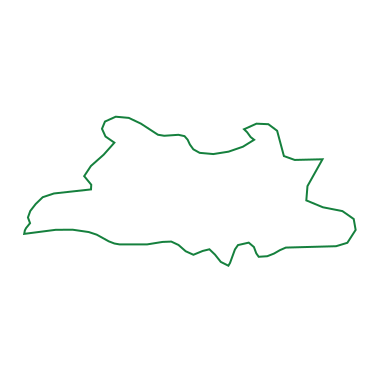 map outline of Phuket (Mercator projection), rotated 273°
{"feature_id": "THA-377", "entity_name": "Phuket", "entity_type": "Province", "adm_level": 1, "iso_a3": "THA", "parent_name": "Thailand", "parent_adm1": "", "projection": "mercator", "projection_center": [98.341, 7.98], "detail": "fine", "context": "isolated", "style": "outline", "palette": "green", "viewbox_px": 384, "rotation_deg": 273, "n_neighbors": 0, "source": "natural_earth", "source_scale": "10m", "svg_char_len": 1108}
<svg xmlns="http://www.w3.org/2000/svg" viewBox="0 0 384 384"><g transform="rotate(273 192 192)"><path d="M247.4,251.3L249.9,247.7L254.6,243.9L257.4,240.7L263.6,252.8L263.7,264.7L257.6,273.8L232.7,281.9L229.4,292.9L231.5,320.6L203.9,307.0L189.6,306.6L183.6,323.5L180.8,343.2L173.5,354.9L162.7,357.4L149.4,349.8L145.4,338.7L141.4,288.6L138.5,282.8L134.8,277.1L131.8,270.5L130.8,262.0L134.1,259.4L140.3,256.7L144.4,251.3L141.4,240.7L136.9,237.9L123.2,233.7L120.3,232.2L123.7,224.4L130.7,218.2L135.7,212.4L133.7,205.8L129.4,196.7L132.5,188.8L138.4,181.3L141.4,173.9L140.6,165.2L137.3,149.8L135.9,122.2L136.5,117.2L138.4,111.4L144.4,99.1L146.6,91.0L148.1,74.7L147.1,57.8L141.4,26.6L144.9,27.1L147.3,28.2L152.4,31.9L158.0,29.5L164.6,31.5L171.8,36.5L179.0,43.2L183.3,54.2L189.3,91.0L194.0,91.0L202.2,83.5L212.7,89.7L224.6,101.8L237.2,111.9L242.9,102.7L250.4,98.8L257.8,101.4L263.2,111.9L262.7,125.0L257.6,137.4L247.4,155.0L246.7,161.3L248.4,175.4L247.4,181.6L244.0,184.9L239.3,187.4L234.7,191.1L231.5,197.6L231.0,211.3L234.2,226.4L239.9,240.5L247.4,251.3Z" fill="none" stroke="#15803d" stroke-width="2"/></g></svg>